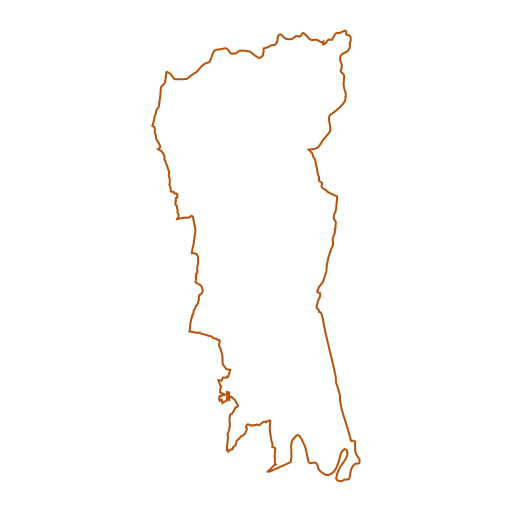 the district of Chaloem Phra Kiat, Saraburi, Thailand
{"feature_id": "78962969B71448871190318", "entity_name": "Chaloem Phra Kiat", "entity_type": "district", "adm_level": 2, "iso_a3": "THA", "parent_name": "Thailand", "parent_adm1": "Saraburi", "projection": "equal_earth", "projection_center": [100.901, 14.65], "detail": "fine", "context": "isolated", "style": "outline", "palette": "amber", "viewbox_px": 512, "rotation_deg": 0, "n_neighbors": 0, "source": "geoboundaries", "source_scale": "gbopen_adm2", "svg_char_len": 6007}
<svg xmlns="http://www.w3.org/2000/svg" viewBox="0 0 512 512"><path d="M355.2,450.3L355.1,441.5L352.8,440.6L351.1,440.9L349.1,433.6L341.6,409.0L340.0,400.1L340.0,395.7L337.3,386.0L336.0,382.6L335.8,377.4L334.1,368.9L327.8,342.6L324.6,328.5L322.7,318.1L322.0,315.3L320.9,312.8L320.3,312.2L319.1,312.0L318.7,309.9L316.9,308.2L316.6,307.6L317.0,304.7L317.6,303.0L317.9,300.7L319.9,297.0L320.2,294.2L319.9,293.0L317.5,292.3L317.1,290.8L317.9,289.8L319.1,286.8L322.9,282.0L323.5,280.5L324.6,276.5L326.3,272.1L326.8,265.3L328.4,257.7L330.1,252.2L333.1,244.6L332.7,238.6L334.9,232.4L334.8,228.9L335.4,228.8L335.8,222.3L335.6,221.4L333.9,219.1L333.7,217.2L334.3,214.0L335.4,211.8L336.1,208.7L336.6,202.6L337.0,200.5L337.2,197.1L337.0,196.4L328.2,192.3L326.0,190.1L323.0,188.4L321.7,186.9L321.6,186.2L322.1,183.0L318.9,180.7L319.1,177.3L317.7,173.6L316.8,167.6L315.8,164.6L315.6,162.1L314.7,158.7L313.1,156.5L312.8,154.9L312.2,153.2L308.6,149.6L314.5,148.9L317.2,147.8L319.3,145.8L323.4,139.6L329.8,131.9L330.4,129.6L330.4,127.4L328.9,119.4L329.1,117.4L329.7,115.2L334.6,111.8L339.2,108.0L343.0,103.9L344.8,101.1L345.4,99.6L345.6,98.2L345.3,97.1L345.8,96.2L345.6,92.6L344.3,89.0L343.5,84.4L344.2,76.1L343.6,74.4L341.1,71.8L340.7,71.0L340.7,70.2L341.7,68.4L341.8,65.0L341.4,63.5L340.4,61.4L340.1,57.7L340.4,56.3L342.1,54.1L347.5,51.2L349.3,48.6L349.9,47.2L350.0,46.0L349.6,43.2L350.7,41.0L350.8,40.1L350.5,36.9L349.5,35.6L348.5,35.1L347.1,35.0L346.2,34.4L346.0,33.3L346.3,32.5L346.3,31.5L345.4,30.7L344.6,30.7L339.9,32.9L336.4,33.1L334.8,34.7L332.1,39.7L331.1,39.9L328.9,39.5L328.3,39.8L325.3,43.5L324.1,44.3L323.2,44.5L323.4,41.6L322.8,42.1L321.4,42.4L317.4,40.0L315.7,39.6L312.1,40.1L310.8,39.8L309.6,39.0L304.1,33.4L303.3,33.0L302.5,33.3L300.9,35.9L300.2,36.4L298.9,36.6L297.1,36.0L295.9,36.1L292.4,38.8L290.2,39.3L286.5,39.0L284.7,38.0L281.0,34.6L280.2,34.4L278.8,35.0L278.2,35.8L277.9,36.8L277.2,41.8L276.5,43.0L274.7,45.1L271.0,45.3L267.6,47.4L263.7,48.4L263.6,51.4L262.8,55.7L260.3,57.7L259.3,57.9L258.2,57.6L255.4,55.9L250.0,51.6L244.8,50.7L241.7,50.6L239.9,50.9L238.6,51.3L235.8,53.4L231.7,53.7L230.0,52.9L229.1,51.2L227.2,48.9L226.1,48.3L224.8,48.3L222.0,49.0L216.8,49.7L214.7,50.4L213.7,51.7L212.7,53.8L209.9,61.4L209.2,62.2L205.6,63.3L201.7,66.1L196.7,71.9L192.2,74.7L187.0,78.8L183.2,79.3L175.2,79.2L174.3,78.9L173.4,77.9L170.6,74.1L167.4,72.0L166.5,72.0L166.3,72.5L165.1,82.2L164.1,84.0L161.6,86.3L160.8,88.1L160.3,95.9L158.7,107.1L156.5,109.8L155.9,113.1L154.4,117.1L153.9,120.9L152.3,126.0L154.6,127.2L154.9,129.3L154.7,132.7L156.0,135.8L156.2,138.8L156.9,140.4L158.4,142.2L160.3,146.5L160.2,147.3L159.3,148.4L158.0,149.1L161.4,151.1L163.2,153.4L164.6,156.9L164.4,159.6L165.5,161.3L165.9,163.4L167.1,165.5L168.2,169.5L169.2,171.6L168.8,175.9L169.7,178.7L169.8,180.6L169.7,183.8L169.3,184.4L170.7,188.9L170.8,191.4L171.2,191.7L173.6,191.9L174.4,193.3L176.5,193.6L177.5,194.4L177.1,195.8L177.4,197.0L177.3,197.6L176.1,197.9L175.8,198.4L176.0,200.1L175.4,201.0L175.9,201.7L175.5,202.4L175.6,203.3L175.3,204.0L175.4,204.4L177.1,206.5L177.0,208.1L177.6,209.6L177.4,212.4L178.4,214.4L178.6,215.7L178.5,217.2L177.2,218.4L177.0,219.2L183.9,217.6L188.6,217.7L189.2,217.5L190.9,216.0L192.0,216.0L192.4,216.2L192.8,217.0L194.0,221.9L195.3,229.4L195.3,231.7L193.8,242.0L194.0,242.7L192.8,247.0L191.7,253.1L195.9,253.6L196.6,254.1L197.4,255.3L197.8,256.5L198.1,258.3L198.2,262.7L197.7,265.8L197.2,267.0L197.3,272.7L195.9,274.2L196.2,275.5L195.6,277.4L196.1,277.9L196.2,278.5L195.5,282.3L201.0,285.6L202.1,287.9L202.7,291.2L202.2,292.7L201.7,293.4L200.2,294.7L199.3,294.9L198.7,298.3L199.0,299.7L198.0,301.7L198.2,303.0L197.5,303.8L196.8,305.3L196.0,305.7L195.3,307.9L193.6,310.9L193.5,312.7L193.0,314.5L192.0,315.4L192.2,317.3L191.6,317.8L190.4,323.0L190.0,328.3L189.4,331.4L197.3,332.9L199.8,332.5L200.0,333.0L201.6,333.8L203.3,334.1L208.7,335.8L211.2,336.3L213.4,338.1L216.7,338.9L217.9,340.2L219.4,340.1L219.7,341.5L219.0,345.9L220.5,348.5L222.4,355.8L222.7,364.2L226.0,368.7L227.9,369.6L229.4,369.5L230.3,369.8L228.1,376.7L227.0,376.6L226.8,377.6L223.8,377.6L223.1,377.4L221.4,380.7L218.4,380.1L220.3,385.5L221.2,386.1L220.1,389.4L220.1,392.6L224.9,394.5L224.1,395.4L222.5,395.2L221.2,395.5L221.1,396.2L219.6,396.1L219.3,397.0L219.5,397.7L219.1,398.7L219.7,400.8L220.9,399.7L221.8,399.7L222.4,403.0L226.7,400.5L227.0,396.9L227.5,394.7L226.9,393.2L227.0,391.9L229.3,392.6L228.2,399.8L229.3,400.1L229.8,396.3L231.8,397.1L235.2,400.4L238.1,405.9L237.1,406.9L235.7,407.3L232.2,413.5L230.4,414.5L230.1,415.0L229.6,417.7L229.5,420.8L229.9,423.8L229.9,426.3L229.5,427.0L229.1,430.2L227.5,434.4L228.1,438.3L227.7,439.6L227.6,442.2L227.1,445.1L227.0,450.5L228.0,451.5L228.4,450.3L229.3,450.5L231.1,449.5L232.7,449.1L233.0,447.4L235.8,444.7L236.6,440.8L238.8,438.9L241.6,435.8L243.0,435.4L245.2,433.4L246.9,429.0L246.9,428.4L245.9,427.5L245.9,427.0L247.4,424.4L249.2,424.6L250.2,425.4L251.8,425.2L252.5,425.7L254.3,424.9L255.5,425.3L257.1,424.4L259.0,425.3L263.1,422.1L265.1,421.6L265.9,422.3L267.2,421.3L269.3,420.4L270.1,420.8L270.2,423.4L269.7,427.3L269.9,431.4L271.6,441.3L272.6,444.6L272.2,447.0L274.8,447.8L275.3,448.8L274.5,456.4L274.8,457.6L274.9,462.7L275.8,464.6L274.3,465.0L269.0,470.6L266.9,471.8L269.8,471.5L290.8,462.1L291.5,456.1L291.1,445.7L291.7,441.8L292.5,440.0L296.3,435.7L297.4,435.1L298.0,435.1L299.4,435.9L300.4,437.0L304.4,445.1L305.6,448.5L308.5,461.6L308.9,462.3L310.4,463.3L314.2,462.5L316.3,463.3L317.4,465.0L318.4,468.7L319.4,470.3L321.8,472.5L325.6,474.9L328.3,475.1L331.0,473.9L333.8,471.7L335.0,470.2L336.1,468.2L338.7,462.1L341.0,452.9L342.5,450.8L343.9,449.5L344.9,449.1L346.1,449.6L347.2,451.1L347.4,452.1L347.4,454.3L347.0,456.1L345.2,459.7L340.5,466.5L339.1,469.2L337.5,472.7L336.3,477.3L336.3,478.8L336.8,479.8L338.6,480.8L340.7,481.3L341.5,481.2L344.6,479.6L347.9,479.4L349.2,478.7L349.6,477.6L350.8,470.5L351.6,468.4L353.2,465.6L355.1,463.8L358.3,463.6L359.4,462.8L359.7,461.0L359.4,459.2L356.5,454.7L355.5,452.1L355.2,450.3Z" fill="none" stroke="#b45309" stroke-width="2"/></svg>